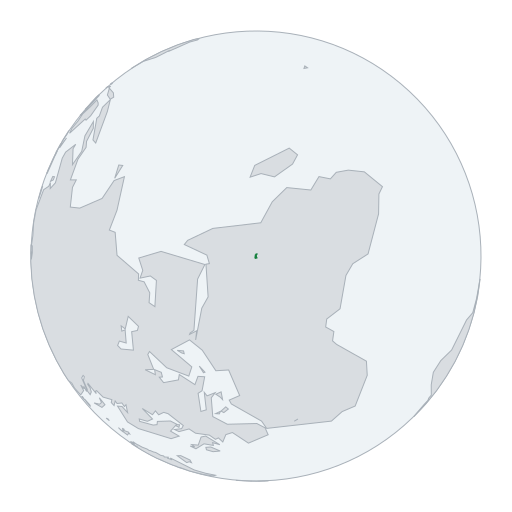 globe centered on Moroto, rotated 220°
{"feature_id": "UGA-3127", "entity_name": "Moroto", "entity_type": "District", "adm_level": 1, "iso_a3": "UGA", "parent_name": "Uganda", "parent_adm1": "", "projection": "orthographic", "projection_center": [34.678, 2.605], "detail": "fine", "context": "on_globe", "style": "filled", "palette": "green", "viewbox_px": 512, "rotation_deg": 220, "n_neighbors": 0, "source": "natural_earth", "source_scale": "10m", "svg_char_len": 7010}
<svg xmlns="http://www.w3.org/2000/svg" viewBox="0 0 512 512"><g transform="rotate(220 256 256)"><circle cx="256" cy="256" r="225" fill="#eef3f6" stroke="#a8b0b8"/><path d="M127.2,71.2L121.3,75.6L117.8,78.3L114.2,80.9L127.2,71.2ZM31.8,234.4L31.9,240.2L31.8,250.1L31.5,255.9L32.3,258.1L32.3,262.1L39.0,270.0L45.4,280.9L47.2,294.7L45.7,309.7L53.6,342.4L53.5,351.9L59.6,365.0L69.6,382.5L60.4,367.8L52.4,352.5L45.6,336.5L40.0,320.1L35.7,303.3L32.8,286.3L31.1,269.0L30.8,251.7L31.8,234.4ZM435.8,120.2L433.3,117.1L429.7,112.6L431.0,115.2L425.9,108.9L429.4,114.7L433.9,120.0L434.7,119.5L439.9,128.0L447.5,138.2L454.2,150.0L461.3,170.3L459.6,176.2L460.7,180.1L457.0,175.4L456.7,183.1L467.3,206.4L468.6,213.2L465.9,225.7L465.1,220.6L455.3,208.0L456.8,224.2L464.3,238.1L467.0,254.5L462.7,249.2L459.5,234.9L456.0,230.0L454.6,215.7L447.1,195.0L442.6,198.8L440.7,190.6L429.7,174.1L421.8,179.4L410.9,201.2L413.2,222.6L407.8,232.2L391.9,201.7L385.0,181.6L379.1,183.6L362.9,167.2L334.4,166.8L330.5,161.8L325.1,164.3L313.7,159.5L307.9,151.5L300.9,152.2L316.6,173.3L324.1,172.8L330.6,164.5L333.5,172.2L344.5,179.1L331.7,198.5L289.7,216.6L285.9,200.8L255.8,159.2L257.0,154.6L256.8,154.1L256.5,153.2L253.4,160.6L248.3,152.9L264.0,181.2L266.4,193.9L289.1,217.6L286.8,220.2L294.2,225.1L318.3,218.7L318.4,224.1L306.8,249.4L273.7,284.5L278.4,308.0L276.4,328.2L256.4,341.8L258.8,357.3L248.6,362.9L248.3,371.7L240.5,381.1L227.1,390.1L203.7,390.4L201.7,382.5L189.2,367.1L171.5,329.6L176.9,312.3L174.6,298.9L157.7,269.6L161.3,253.2L157.0,246.4L147.8,248.2L142.8,240.2L137.4,240.1L103.8,246.4L94.1,236.1L83.6,204.8L90.0,192.2L92.1,178.0L137.0,130.8L145.6,133.1L179.8,126.8L183.9,128.4L178.8,138.6L203.7,151.1L213.0,142.3L236.6,149.3L253.0,149.0L260.7,129.9L233.9,129.8L230.3,120.8L252.6,113.0L276.2,114.4L275.6,111.0L261.5,103.4L267.8,97.6L256.8,100.4L260.6,103.8L253.8,106.0L249.9,103.2L252.2,101.0L245.4,99.6L235.8,111.2L238.6,115.9L220.1,118.2L223.1,126.5L217.7,130.5L210.7,118.1L212.1,113.6L198.3,101.5L195.2,106.2L208.0,118.3L203.6,117.4L199.4,125.1L199.1,118.6L185.9,105.2L169.8,108.7L147.7,128.2L138.6,130.2L131.8,126.9L141.5,107.8L160.6,105.6L164.3,99.8L161.9,92.2L167.9,92.5L169.2,89.5L176.6,88.8L188.4,81.4L196.1,80.5L202.1,72.0L206.9,70.7L202.0,75.9L202.7,79.4L222.0,78.7L226.2,76.9L228.5,71.8L233.5,72.7L233.3,67.9L245.1,66.1L230.5,64.6L232.9,59.6L240.7,56.1L238.9,54.5L226.1,60.4L223.4,63.2L225.2,65.9L215.5,74.6L208.6,76.2L208.9,66.9L199.1,68.6L203.6,61.5L235.2,48.2L247.8,46.3L265.6,52.0L261.9,54.6L253.7,53.5L260.0,58.5L260.1,56.1L264.3,57.2L267.6,53.7L270.7,54.4L268.6,50.2L272.7,50.7L274.1,53.3L282.5,49.6L291.6,50.4L292.0,49.3L289.9,47.9L302.8,50.4L302.5,49.5L298.2,48.3L294.8,46.0L293.9,43.2L298.5,44.2L299.4,45.3L308.2,49.7L309.9,53.2L311.7,53.4L311.2,50.6L300.5,45.2L298.7,43.3L304.4,45.5L302.2,44.5L302.7,43.9L307.4,44.5L301.5,42.1L301.0,36.9L310.2,38.2L315.2,40.2L319.7,40.0L329.6,43.1L325.6,41.7L341.7,47.7L357.3,54.8L372.4,63.1L386.7,72.5L400.3,83.0L413.1,94.5L424.9,106.9L435.8,120.2ZM120.5,154.0L119.1,158.1L120.5,154.0ZM300.8,126.6L315.1,127.6L309.3,116.1L314.4,115.8L310.5,112.2L308.8,115.3L299.5,105.9L306.0,103.0L304.5,98.5L299.6,98.0L289.4,105.1L302.6,118.1L299.0,122.7L300.8,126.6ZM108.7,85.5L116.2,79.5L110.7,83.9L106.8,87.6L101.5,92.6L104.6,89.5L102.0,91.7L104.3,89.5L108.7,85.5ZM169.4,75.7L171.4,77.2L167.9,80.6L158.1,83.6L163.1,78.5L169.4,75.7ZM175.1,78.7L178.1,69.7L184.3,68.1L180.3,70.4L184.1,70.2L178.7,74.0L181.7,82.1L178.8,85.7L162.4,88.2L169.3,85.1L166.9,83.5L175.1,78.7ZM174.9,55.5L176.3,53.2L187.9,52.4L185.3,54.7L175.4,57.3L172.6,56.2L174.9,55.5ZM207.7,36.0L207.7,35.9L207.9,35.9L213.9,34.7L215.2,34.5L218.3,33.9L224.9,33.0L223.9,33.6L227.4,33.0L232.6,32.7L232.5,33.5L227.9,33.6L231.1,34.6L224.6,35.3L225.4,35.4L220.3,36.4L215.4,38.1L212.6,38.4L211.9,39.0L208.5,40.0L206.6,41.0L201.0,42.0L198.2,43.5L197.1,43.1L193.8,45.5L193.7,44.3L189.3,45.9L191.8,46.2L165.8,52.4L155.1,57.1L146.1,62.0L147.1,60.1L156.1,54.7L168.7,48.6L178.9,44.9L177.5,45.1L182.0,43.5L181.2,44.0L185.1,42.4L188.6,41.3L199.8,38.0L202.2,37.2L207.7,36.0ZM230.6,32.2L227.3,32.7L221.6,33.4L230.6,32.2ZM189.3,124.5L192.6,124.9L197.9,124.3L195.4,129.5L189.3,124.5ZM180.0,115.4L183.1,114.7L182.2,121.0L178.8,121.0L180.0,115.4ZM185.6,109.3L183.4,114.2L182.6,111.5L185.6,109.3ZM204.9,75.2L208.3,74.5L208.4,75.7L206.1,77.6L204.9,75.2ZM240.5,39.1L238.4,38.5L239.6,38.1L239.4,36.3L244.2,36.0L246.2,37.0L240.5,39.1ZM255.7,133.1L250.5,136.7L248.2,135.0L250.5,134.0L255.7,133.1ZM221.2,132.8L228.7,135.2L220.4,134.2L221.2,132.8ZM245.7,38.5L245.0,37.7L247.8,38.1L245.7,38.5ZM247.7,35.8L251.1,36.1L244.7,35.8L247.7,35.8ZM339.8,430.5L340.8,433.0L337.5,433.3L339.8,430.5ZM315.2,324.6L299.9,360.0L289.2,360.2L287.1,349.9L292.7,328.5L305.1,322.4L311.2,312.6L315.2,324.6ZM477.1,294.4L477.4,295.6L477.2,296.7L477.1,294.4ZM476.9,290.4L477.6,291.0L476.4,292.7L476.9,290.4ZM477.9,291.3L478.6,289.6L478.9,288.0L478.6,290.2L477.9,291.3ZM476.2,290.3L470.1,289.3L467.1,286.2L468.4,282.4L473.3,283.8L476.2,290.3ZM468.1,282.2L462.7,271.0L451.4,239.5L455.5,240.1L466.5,259.2L466.0,262.5L469.2,271.3L468.1,282.2ZM478.9,263.3L478.2,273.3L475.4,271.9L473.9,270.1L472.8,257.1L473.5,250.8L474.9,251.1L477.7,230.2L479.2,235.8L479.1,244.6L480.1,253.5L478.9,263.3ZM414.2,224.7L419.6,237.5L416.3,239.7L414.2,224.7ZM476.6,215.7L477.0,224.6L476.0,212.5L476.6,215.7ZM474.7,204.3L475.8,209.0L474.5,204.3L474.7,204.3ZM462.8,186.3L461.3,187.2L460.2,184.0L461.4,181.1L462.8,186.3ZM459.4,160.4L463.3,169.4L464.4,172.5L461.9,166.8L459.4,160.4ZM285.6,39.4L280.6,41.9L280.2,44.4L284.9,46.7L276.1,45.0L276.7,41.0L285.6,39.4ZM298.6,36.8L294.5,35.6L297.6,36.0L299.0,36.3L298.6,36.8ZM295.2,36.2L287.5,35.1L286.0,34.3L292.4,35.3L295.2,36.2ZM266.6,35.5L264.7,36.1L262.5,35.6L266.6,35.5ZM442.8,381.9L439.2,386.3L439.7,383.9L444.3,377.3L454.3,356.9L454.6,357.4L460.4,343.8L467.6,332.4L472.2,319.2L466.7,335.7L459.9,351.7L451.9,367.2L442.8,381.9ZM477.9,294.7L477.6,296.2L478.1,293.9L477.9,294.7ZM481.2,250.9L480.6,255.9L480.7,262.2L481.2,258.7L480.8,264.0L480.5,274.6L480.0,278.5L480.6,267.0L479.6,278.4L479.3,278.0L479.8,268.1L480.5,256.3L480.7,251.5L481.2,250.5L481.2,250.9ZM480.0,231.9L479.1,225.5L479.2,228.3L478.2,218.6L480.0,231.9ZM477.6,216.0L477.9,218.4L477.0,212.3L477.6,216.0ZM477.3,215.7L476.2,210.1L476.6,211.1L477.3,215.7ZM477.5,215.0L477.8,216.4L475.9,207.1L476.0,207.3L477.5,215.0ZM473.1,197.8L475.9,207.3L474.2,202.8L469.1,185.2L469.5,185.1L473.1,197.8Z" fill="#d9dde1" stroke="#a8b0b8" stroke-width="1"/><path d="M255.5,254.1L255.6,254.7L255.8,254.9L255.8,255.0L256.0,255.0L256.0,254.9L256.1,255.0L256.3,255.3L256.4,255.7L256.6,256.0L256.8,256.1L256.8,256.3L257.0,256.5L256.9,256.7L256.7,256.8L256.7,257.0L256.9,257.4L257.0,257.6L256.8,257.8L256.6,257.9L256.6,257.7L256.6,257.2L256.4,256.8L256.3,256.5L256.2,256.3L256.1,256.2L255.9,256.1L255.9,255.9L255.7,255.8L255.3,255.6L255.1,255.3L254.8,255.2L254.6,255.2L254.3,255.1L254.4,254.9L254.7,254.5L254.9,254.1L255.0,254.1L255.3,254.1L255.5,254.1L255.5,254.1Z" fill="#22c55e" stroke="#15803d" stroke-width="1.5"/></g></svg>